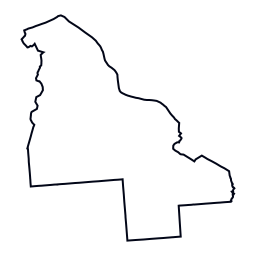 Tomes pag., Keguma, Latvia (Albers equal-area conic projection)
{"feature_id": "27541924B49923390023090", "entity_name": "Tomes pag.", "entity_type": "district", "adm_level": 2, "iso_a3": "LVA", "parent_name": "Latvia", "parent_adm1": "Keguma", "projection": "albers", "projection_center": [24.641, 56.746], "detail": "fine", "context": "isolated", "style": "outline", "palette": "ink", "viewbox_px": 256, "rotation_deg": 0, "n_neighbors": 0, "source": "geoboundaries", "source_scale": "gbopen_adm2", "svg_char_len": 4841}
<svg xmlns="http://www.w3.org/2000/svg" viewBox="0 0 256 256"><path d="M104.5,58.6L103.5,54.0L102.9,51.7L101.9,50.0L101.2,48.2L100.3,46.4L99.0,44.8L97.8,43.5L95.8,40.7L92.0,37.3L84.9,32.3L78.6,27.6L68.9,21.4L64.5,17.0L60.9,15.4L58.1,16.1L57.2,16.9L53.7,19.0L50.6,20.4L45.5,22.7L41.9,23.9L38.3,25.2L35.9,26.0L34.0,26.8L32.6,27.4L29.7,28.2L28.2,28.6L27.4,29.1L24.2,30.4L24.8,32.6L24.9,32.9L25.1,33.1L25.3,33.4L25.4,33.8L25.4,34.2L25.0,35.7L24.9,35.7L23.9,36.8L23.7,37.1L21.7,39.2L21.6,39.3L22.3,40.5L22.3,40.9L22.8,41.8L23.7,43.4L25.2,44.9L26.7,46.5L27.4,47.4L27.9,47.4L29.4,46.7L30.4,45.9L31.9,46.4L33.8,44.9L34.7,43.8L37.8,50.3L37.9,50.6L43.4,52.3L43.1,52.5L40.7,54.9L40.9,56.7L41.2,58.3L41.4,59.9L41.5,60.8L41.4,62.4L41.4,63.5L41.2,65.5L40.2,66.2L39.8,66.8L40.0,67.6L39.6,68.4L38.9,69.7L38.8,69.9L38.7,70.2L38.6,70.4L38.5,70.7L38.3,71.1L38.2,71.5L37.9,71.9L37.6,72.3L37.5,73.3L37.9,74.6L36.0,78.2L36.4,80.4L39.0,81.4L39.5,81.3L40.8,83.0L41.3,83.5L42.7,87.0L42.9,90.2L40.1,95.1L36.3,97.1L35.3,101.8L37.6,105.7L36.9,108.9L31.8,111.8L31.5,112.1L31.4,112.3L31.1,113.2L31.0,113.9L30.9,114.9L30.9,115.0L30.9,115.7L30.8,116.0L30.6,118.0L30.5,118.6L30.5,118.8L30.5,119.1L30.6,119.3L30.7,119.8L30.8,120.0L31.2,120.7L31.9,122.1L32.3,122.7L32.5,123.0L32.9,123.4L33.1,123.6L33.3,123.8L33.6,124.1L33.9,124.4L34.1,124.6L34.3,124.8L33.9,125.9L33.4,126.9L32.5,130.1L31.6,133.2L30.8,136.3L29.9,139.5L29.0,142.6L28.1,145.7L27.8,146.8L27.5,147.9L27.8,147.8L27.8,148.0L27.9,149.3L28.0,149.6L28.2,152.8L28.7,158.7L28.8,162.0L29.4,168.4L29.8,172.9L29.9,174.2L30.0,175.5L30.1,176.9L30.2,178.4L30.2,178.6L30.2,178.8L30.3,179.2L30.3,179.6L30.5,183.0L30.8,186.5L34.4,186.2L38.0,185.9L41.5,185.7L45.1,185.4L48.7,185.1L52.3,184.8L54.1,184.6L56.0,184.5L56.7,184.5L57.3,184.5L57.3,184.4L60.9,184.1L64.5,183.9L68.1,183.6L71.6,183.3L75.2,183.0L78.8,182.8L82.4,182.5L85.9,182.2L89.5,181.9L93.1,181.6L96.3,181.4L99.4,181.2L99.8,181.1L100.3,181.1L103.8,180.8L107.4,180.5L111.0,180.2L114.6,179.9L118.1,179.7L121.7,179.4L122.6,179.3L123.1,186.4L123.8,194.6L124.3,201.8L124.9,208.8L125.5,216.0L125.5,217.0L126.1,223.9L126.6,230.3L127.1,236.8L127.4,240.6L135.6,240.0L143.7,239.5L150.7,238.9L158.7,238.3L163.4,238.0L165.6,237.8L173.0,237.2L173.4,237.2L173.5,237.2L174.2,237.1L180.7,236.6L179.7,221.3L178.7,205.7L179.3,205.6L180.8,205.5L182.7,205.4L187.0,205.1L188.0,205.0L191.4,204.8L193.5,204.5L194.9,204.5L195.0,204.5L201.2,204.0L206.1,203.6L209.0,203.4L216.7,202.8L219.9,202.6L224.5,202.2L230.6,201.8L230.8,201.8L231.3,201.5L231.5,201.2L231.3,200.8L231.3,200.5L231.0,200.2L231.3,199.8L231.4,199.6L231.5,199.1L231.7,198.6L232.3,198.1L232.4,197.9L232.5,197.7L232.9,197.1L233.0,196.9L233.0,196.7L233.0,196.4L232.9,195.8L232.9,195.6L232.9,195.3L233.1,194.9L233.4,194.7L233.4,194.4L233.9,194.0L234.0,193.8L234.1,193.6L233.6,193.3L233.2,193.6L232.9,193.7L232.7,193.8L232.7,193.7L232.9,193.4L233.0,193.3L233.0,193.0L232.9,192.6L232.8,192.3L232.8,192.1L233.0,192.0L233.1,191.7L232.9,191.6L232.7,191.7L232.6,191.8L231.8,191.8L231.7,191.6L232.4,191.4L232.6,191.4L232.8,191.2L233.0,190.8L233.0,190.5L233.1,190.2L233.4,189.5L233.9,188.8L234.4,188.3L234.1,187.9L233.8,187.8L233.6,187.7L233.4,187.3L233.1,187.3L232.9,187.2L232.7,186.9L232.6,186.5L232.5,186.3L232.3,186.0L232.2,185.7L232.2,185.3L232.3,185.1L232.2,185.0L232.2,184.9L232.3,184.9L232.5,184.5L232.6,184.4L232.5,184.2L232.4,184.0L232.3,183.9L232.3,183.7L232.5,183.6L232.4,183.4L232.1,183.3L231.9,182.9L231.7,182.2L231.4,181.4L231.1,180.7L231.0,179.9L231.0,179.4L230.9,178.7L230.8,178.3L230.6,178.1L230.3,177.8L230.3,177.5L230.3,177.2L230.1,176.6L229.9,176.1L229.7,175.7L229.1,171.2L224.3,168.2L221.3,166.7L219.9,165.9L216.1,163.6L211.9,161.3L207.4,159.0L205.2,157.6L201.8,155.6L196.1,159.1L195.6,159.4L195.5,159.6L194.9,160.6L194.3,161.4L193.5,160.8L192.8,160.4L191.8,159.7L188.6,157.7L187.6,157.1L183.6,154.6L180.8,154.3L180.3,154.1L178.2,152.2L176.7,151.4L175.3,150.6L174.8,150.2L173.2,148.8L173.2,147.7L173.3,145.6L173.7,145.0L174.5,143.9L177.2,142.3L179.1,142.4L179.2,141.7L179.2,141.4L179.3,141.1L180.1,140.6L180.9,139.4L181.5,138.5L181.4,137.7L180.9,137.3L180.3,136.8L179.1,135.9L180.0,134.7L181.0,133.4L180.4,132.9L179.8,132.5L179.7,132.4L179.2,132.0L178.9,131.8L178.8,128.7L178.8,128.3L179.2,122.9L178.2,122.0L177.2,121.0L175.9,119.8L175.1,119.2L173.9,117.4L171.9,115.3L170.3,113.4L168.9,111.3L166.1,107.1L164.5,105.9L162.8,104.4L161.5,103.5L160.6,102.7L159.3,102.1L156.7,100.9L154.2,100.5L151.9,100.2L149.3,100.0L146.8,100.0L144.1,99.7L140.8,98.8L138.6,98.2L135.9,97.8L133.7,97.2L130.9,96.5L129.6,96.1L127.8,95.6L125.8,94.8L125.6,94.8L124.9,94.4L124.1,94.0L122.4,93.2L120.8,92.2L119.7,90.8L119.7,90.6L118.9,88.2L118.4,84.6L117.8,80.1L117.5,76.9L117.4,74.7L116.7,73.3L115.7,71.7L114.5,70.1L111.5,67.7L109.3,66.3L107.9,64.9L106.9,63.3L105.8,61.7L105.0,60.4L104.5,58.6Z" fill="none" stroke="#020617" stroke-width="2"/></svg>